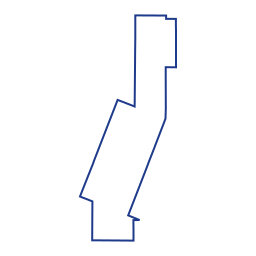 the district of 25 de Mayo, Chaco, Argentina
{"feature_id": "61730980B17167733770144", "entity_name": "25 de Mayo", "entity_type": "district", "adm_level": 2, "iso_a3": "ARG", "parent_name": "Argentina", "parent_adm1": "Chaco", "projection": "mercator", "projection_center": [-60.005, -26.797], "detail": "fine", "context": "isolated", "style": "outline", "palette": "blue", "viewbox_px": 256, "rotation_deg": 0, "n_neighbors": 0, "source": "geoboundaries", "source_scale": "gbopen_adm2", "svg_char_len": 854}
<svg xmlns="http://www.w3.org/2000/svg" viewBox="0 0 256 256"><path d="M133.5,240.6L133.5,230.4L133.4,220.1L139.6,220.0L137.8,219.3L132.9,217.3L128.2,215.4L130.0,210.7L147.7,165.0L148.4,163.0L154.5,147.4L155.2,145.5L164.7,120.8L165.5,118.6L165.8,108.7L165.8,107.7L165.7,69.8L165.7,67.2L167.7,67.2L176.0,67.3L176.0,57.2L176.0,46.8L176.0,36.5L176.0,34.2L176.0,32.5L176.0,30.7L175.9,26.1L175.9,18.9L166.1,18.9L166.1,15.5L161.5,15.5L158.9,15.5L155.9,15.5L135.3,15.4L135.3,20.3L135.3,33.4L135.3,35.9L135.3,38.0L135.1,54.7L135.1,56.5L135.1,57.3L134.7,101.6L134.6,106.5L132.1,105.5L117.6,99.9L116.9,101.8L106.4,128.8L104.5,133.7L93.6,161.8L93.4,162.7L87.6,177.2L80.3,195.7L80.0,196.5L81.9,197.3L87.7,199.5L89.6,200.3L91.0,200.8L92.4,201.4L92.4,203.1L92.3,218.0L92.2,238.3L92.2,240.3L92.4,240.3L133.5,240.6Z" fill="none" stroke="#1e3a8a" stroke-width="2"/></svg>